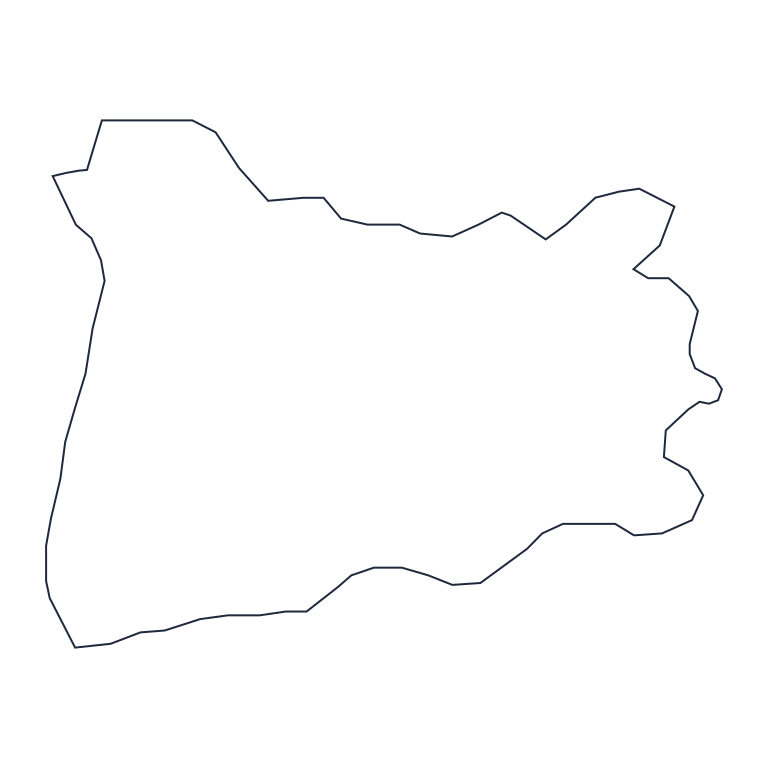 outline of Yanggu-gun, Gangwon, South Korea, rotated 270°
{"feature_id": "91817680B23922363914919", "entity_name": "Yanggu-gun", "entity_type": "district", "adm_level": 2, "iso_a3": "KOR", "parent_name": "South Korea", "parent_adm1": "Gangwon", "projection": "natural_earth1", "projection_center": [128.002, 38.166], "detail": "fine", "context": "isolated", "style": "outline", "palette": "slate", "viewbox_px": 768, "rotation_deg": 270, "n_neighbors": 0, "source": "geoboundaries", "source_scale": "gbopen_adm2", "svg_char_len": 1180}
<svg xmlns="http://www.w3.org/2000/svg" viewBox="0 0 768 768"><g transform="rotate(270 384 384)"><path d="M591.9,52.7L543.2,75.9L529.8,91.4L507.8,101.0L487.1,104.6L439.5,92.6L394.3,85.5L359.0,74.7L326.0,65.2L289.4,60.4L249.2,50.9L222.3,46.1L187.0,46.1L169.9,49.7L120.4,75.1L124.2,110.5L135.6,140.4L137.5,164.7L148.9,200.1L152.7,228.1L152.7,259.9L156.5,286.0L156.5,306.6L181.3,338.3L192.7,351.4L200.3,373.8L200.3,401.9L192.7,428.1L183.1,452.4L185.0,480.4L219.3,527.2L234.6,542.2L244.1,562.8L244.1,587.1L244.1,615.2L232.7,633.9L232.9,637.9L234.6,662.0L247.9,692.0L272.7,703.2L297.5,688.3L310.9,663.9L337.6,665.8L358.6,688.3L366.2,699.5L364.3,708.9L367.8,718.1L378.7,721.9L389.6,715.0L394.3,705.0L399.8,695.1L413.9,689.7L424.0,689.7L457.0,697.9L471.9,689.1L489.8,668.6L489.8,648.1L498.8,633.5L522.6,659.8L561.4,674.4L579.3,639.3L576.3,618.8L570.3,595.4L543.5,566.2L528.6,545.7L552.4,510.6L555.4,501.8L543.4,478.5L531.5,452.1L534.5,420.0L543.4,399.6L543.4,367.4L549.4,341.1L570.2,323.6L570.2,303.2L567.2,268.2L600.0,239.0L635.7,215.6L647.6,192.3L647.6,151.5L647.6,101.9L616.1,92.4L598.1,87.0L597.3,78.6L595.0,65.7L591.9,52.7Z" fill="none" stroke="#1e293b" stroke-width="2"/></g></svg>